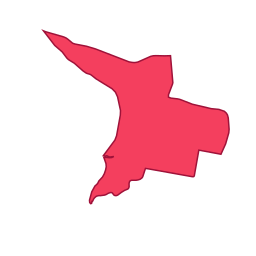 the border of Al-Basrah, rotated 100°
{"feature_id": "IRQ-3222", "entity_name": "Al-Basrah", "entity_type": "Province", "adm_level": 1, "iso_a3": "IRQ", "parent_name": "Iraq", "parent_adm1": "", "projection": "orthographic", "projection_center": [47.689, 30.202], "detail": "fine", "context": "isolated", "style": "filled", "palette": "rose", "viewbox_px": 256, "rotation_deg": 100, "n_neighbors": 0, "source": "natural_earth", "source_scale": "10m", "svg_char_len": 1660}
<svg xmlns="http://www.w3.org/2000/svg" viewBox="0 0 256 256"><g transform="rotate(100 128 128)"><path d="M159.6,147.5L142.2,138.8L137.6,137.9L116.7,137.8L112.1,138.4L99.1,143.7L94.9,146.6L92.1,150.5L85.1,168.1L82.1,173.6L81.7,174.9L81.4,177.7L81.2,178.7L79.6,182.2L73.5,192.2L71.0,198.5L69.8,200.3L64.5,206.0L59.4,214.5L47.0,228.1L47.5,225.7L49.5,207.0L50.1,204.6L51.1,202.5L54.1,197.3L54.5,194.9L54.7,183.0L55.8,173.6L62.7,138.4L62.7,135.7L62.5,133.3L62.0,131.5L61.3,129.7L53.5,118.1L52.5,115.7L51.9,113.1L50.6,104.5L49.4,98.7L75.6,91.7L77.1,91.8L88.2,93.9L90.6,93.5L91.1,90.9L90.7,84.1L90.8,82.0L91.3,79.3L93.4,68.8L94.5,49.4L93.9,41.7L94.8,36.0L96.3,33.7L97.9,32.3L100.7,31.0L111.7,28.2L115.3,27.9L126.7,29.1L137.7,31.9L137.5,54.4L163.7,54.4L164.5,54.9L164.8,56.1L164.7,100.9L164.8,103.8L173.3,105.0L174.2,105.3L175.0,105.8L176.4,107.2L177.4,109.1L178.1,111.1L178.8,115.2L179.2,116.1L179.8,116.8L180.7,117.2L181.7,117.3L182.6,117.3L185.6,116.7L186.6,116.8L187.6,117.1L188.3,117.8L190.0,120.5L192.6,123.4L195.7,126.3L196.2,127.0L196.7,128.0L196.8,129.0L196.6,130.0L196.0,130.8L195.3,131.5L194.6,132.3L194.5,133.3L194.6,134.0L195.7,136.1L197.3,137.9L197.7,138.9L198.0,139.0L199.5,143.7L199.6,144.9L200.4,146.7L200.7,147.3L201.3,147.8L202.4,148.7L203.6,149.4L206.1,150.1L206.7,150.4L206.6,150.8L208.6,150.8L209.0,151.7L208.0,152.8L205.8,153.4L197.1,152.6L190.9,150.5L188.0,148.3L185.2,147.5L180.7,144.6L177.2,143.4L173.4,142.8L170.0,142.7L166.9,143.5L161.3,146.6L160.7,144.2L160.5,141.3L159.9,138.8L158.5,137.0L159.5,140.1L159.7,141.2L159.5,142.4L159.1,143.5L159.1,144.5L159.7,145.4L159.6,147.5Z" fill="#f43f5e" stroke="#9f1239" stroke-width="1.5"/></g></svg>